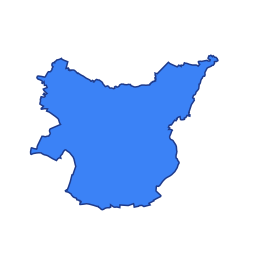 outline of Vargata, Mures, Romania, rotated 350°
{"feature_id": "2599482B49125159917966", "entity_name": "Vargata", "entity_type": "district", "adm_level": 2, "iso_a3": "ROU", "parent_name": "Romania", "parent_adm1": "Mures", "projection": "robinson", "projection_center": [24.8, 46.587], "detail": "fine", "context": "isolated", "style": "filled", "palette": "blue", "viewbox_px": 256, "rotation_deg": 350, "n_neighbors": 0, "source": "geoboundaries", "source_scale": "gbopen_adm2", "svg_char_len": 5632}
<svg xmlns="http://www.w3.org/2000/svg" viewBox="0 0 256 256"><g transform="rotate(350 128 128)"><path d="M171.1,172.7L172.1,171.6L172.3,170.7L171.9,169.5L171.4,168.9L171.2,168.3L171.3,167.6L171.0,166.8L170.3,166.2L170.2,164.9L170.7,162.9L171.4,161.5L172.1,159.4L172.0,158.6L172.4,154.7L172.1,153.0L170.1,148.2L169.5,147.6L168.0,146.6L167.8,146.2L167.4,145.2L167.4,144.1L167.7,143.2L169.2,141.0L170.4,138.8L171.3,137.9L171.2,137.7L170.0,136.9L169.4,136.7L167.9,136.5L169.1,135.2L167.9,134.2L169.2,132.4L169.9,132.6L170.4,132.1L171.3,132.5L175.3,128.4L176.5,129.2L178.0,127.7L177.5,127.3L178.5,126.5L180.0,125.9L181.2,125.8L181.2,128.8L182.0,129.2L182.7,129.3L183.8,129.4L185.1,129.3L185.2,129.0L185.1,128.3L185.1,128.1L186.8,127.7L188.3,125.9L190.9,127.1L191.3,125.8L190.1,124.9L190.9,123.5L190.6,123.3L194.5,116.0L198.1,112.2L198.0,111.7L198.0,111.1L198.2,110.4L197.4,110.0L196.9,109.4L198.2,107.2L199.5,106.9L200.2,106.4L200.7,105.7L201.1,104.6L204.0,102.2L204.5,101.5L205.4,98.5L205.6,97.2L206.3,97.1L206.6,96.8L207.2,95.8L208.0,93.8L208.8,92.6L209.8,91.8L210.2,91.0L211.0,90.2L211.7,90.1L212.3,90.3L212.6,90.1L213.1,89.1L213.3,86.8L216.1,83.0L217.1,82.4L220.6,81.6L221.4,81.0L222.8,81.0L224.0,79.9L224.4,79.4L224.6,77.7L224.9,77.6L225.7,77.8L226.0,77.7L226.6,77.9L228.2,77.3L228.3,76.7L227.9,75.7L227.9,75.2L226.8,73.6L225.6,73.4L224.7,71.9L224.4,71.6L224.0,71.8L223.4,72.4L222.4,70.8L222.2,70.7L220.8,71.3L220.3,71.0L219.2,72.6L218.9,73.4L219.0,73.7L219.3,74.0L220.8,75.1L220.5,75.9L220.2,76.2L218.6,76.0L217.9,75.4L217.1,75.1L212.0,75.2L210.9,74.8L209.2,74.7L208.7,75.1L209.2,77.3L209.7,77.7L209.6,77.8L208.0,79.2L207.3,78.8L206.9,78.3L206.0,77.8L202.6,77.2L201.7,76.9L199.4,75.9L197.8,74.9L196.4,74.3L195.5,74.1L194.9,73.6L194.6,73.8L194.2,74.8L193.5,75.6L192.5,75.8L191.3,75.3L191.0,75.4L191.1,76.1L191.0,76.6L188.9,74.9L187.5,76.1L187.0,76.3L181.1,72.3L180.3,71.7L179.2,70.3L166.2,79.6L164.2,78.7L164.3,79.3L164.1,79.7L163.9,80.7L164.0,80.9L164.3,81.1L164.3,81.8L164.2,82.1L163.9,82.4L163.9,82.9L163.3,83.1L163.3,83.3L163.8,83.7L163.5,84.0L163.9,84.2L163.9,84.4L163.4,84.6L163.7,85.2L163.4,85.6L163.1,85.7L163.2,86.1L162.8,86.2L162.9,86.4L162.5,86.4L162.2,86.7L161.0,86.4L160.6,86.9L160.2,86.7L160.0,86.8L160.0,87.1L159.8,87.2L158.8,87.2L158.6,87.8L157.8,88.1L157.7,88.4L157.3,88.4L157.2,89.0L156.9,89.3L153.1,89.0L151.2,88.5L149.0,88.1L147.0,88.4L145.6,88.9L142.4,88.9L141.2,88.6L138.2,86.7L138.0,85.6L137.1,85.5L136.4,85.1L134.3,85.2L133.1,84.9L131.6,84.5L131.4,84.1L129.1,83.6L127.5,84.1L127.2,84.3L126.7,85.1L125.2,85.8L124.2,85.9L123.6,85.1L123.4,84.9L122.6,84.9L122.2,85.1L121.8,85.4L121.7,85.7L121.9,86.2L121.8,86.6L120.6,86.8L118.9,85.8L117.3,85.6L117.0,85.4L115.9,83.5L115.1,83.0L112.8,83.3L110.8,79.7L110.8,79.0L110.1,77.9L107.9,75.7L107.0,75.6L105.7,74.8L105.3,74.7L103.8,75.6L102.4,76.8L102.0,76.6L102.4,75.8L101.2,74.9L100.2,75.5L99.8,75.6L99.5,75.4L98.8,74.1L95.5,71.7L92.8,69.0L91.5,68.1L89.0,65.9L88.3,65.1L87.7,65.4L86.6,63.6L85.5,62.2L85.1,61.8L84.2,61.4L81.9,61.0L81.9,61.4L80.8,61.4L80.8,61.1L79.6,60.7L79.8,60.1L80.2,60.0L80.1,59.6L79.7,59.2L79.2,59.0L79.7,58.8L79.6,58.5L77.3,58.6L80.2,52.3L77.1,50.4L74.8,48.8L74.6,47.9L72.3,48.5L69.5,48.7L69.1,49.2L67.1,50.2L67.1,51.0L65.7,50.7L64.9,51.0L64.3,51.7L64.0,52.7L64.0,53.6L64.8,54.6L64.3,55.4L63.5,56.2L63.4,57.1L62.4,58.2L61.5,58.9L60.9,59.1L59.9,58.8L59.4,58.8L58.9,59.1L57.8,60.3L55.5,63.1L54.9,63.4L54.2,63.2L51.5,62.1L48.6,61.2L47.8,61.3L47.1,62.4L47.0,62.8L47.9,64.3L49.6,65.2L51.3,66.4L51.6,67.2L51.6,68.1L51.0,68.7L51.5,69.2L53.3,67.9L53.1,71.5L54.9,71.7L55.4,74.1L51.3,75.0L51.7,76.4L54.3,80.0L52.8,80.6L52.4,80.5L51.4,79.2L50.3,80.4L51.9,81.5L51.8,82.6L51.3,82.9L50.3,83.0L47.9,82.1L47.7,82.4L47.5,82.9L47.4,83.0L47.5,83.5L47.2,84.0L46.7,84.3L46.5,86.4L45.9,87.6L45.4,89.1L47.8,91.3L48.6,91.8L48.5,92.1L47.3,92.9L46.1,93.5L45.8,94.1L45.9,94.4L46.3,94.5L49.2,94.5L52.1,95.2L50.8,97.2L53.0,98.5L54.3,99.7L58.5,104.0L60.3,106.1L60.9,107.0L61.1,107.6L61.5,111.0L62.2,112.8L51.2,115.4L50.6,116.1L50.2,117.0L50.2,118.1L50.6,119.6L50.0,120.7L48.4,122.2L47.0,122.0L46.0,122.2L44.8,122.2L43.3,121.5L41.9,121.2L36.0,129.4L35.3,130.6L34.9,132.0L34.6,132.7L34.0,132.9L33.8,132.6L32.7,132.3L31.0,131.5L29.8,130.8L29.4,130.8L29.1,131.3L27.9,134.5L27.7,136.1L27.8,136.9L28.2,137.2L30.3,136.7L33.3,136.7L35.9,136.9L38.0,137.4L38.3,137.6L39.2,138.6L40.9,139.8L42.8,140.6L44.3,141.5L48.4,145.1L51.9,147.6L53.6,146.0L55.3,145.4L56.6,146.1L56.5,144.0L57.6,143.0L58.9,142.1L59.4,141.2L60.4,140.0L61.6,138.9L62.1,138.7L62.9,138.7L64.0,140.0L66.2,142.1L68.9,147.0L69.4,149.1L69.7,154.9L69.9,156.7L65.7,164.3L65.5,164.5L64.7,164.4L61.8,170.9L59.0,176.0L57.3,178.6L56.7,178.2L55.4,179.0L55.6,179.4L55.7,179.8L58.2,180.9L60.5,183.1L60.7,184.0L61.9,186.1L62.7,186.9L65.0,188.2L65.2,189.0L65.0,189.5L65.1,189.8L67.1,190.6L67.3,191.1L67.9,191.1L68.0,191.7L68.9,192.1L69.0,192.5L68.6,193.1L68.0,193.1L67.3,194.7L67.5,195.0L69.7,195.2L74.1,195.4L76.5,196.2L80.8,198.2L83.8,199.8L85.1,200.1L85.1,200.7L86.2,201.6L87.1,202.9L87.9,203.7L88.5,204.0L89.9,203.8L91.2,203.2L92.2,203.0L93.7,202.9L95.9,203.3L96.2,203.2L96.3,203.0L96.5,202.8L96.9,203.0L97.2,202.9L97.5,200.6L100.2,203.3L101.2,203.7L103.4,203.9L106.1,205.0L106.7,202.4L114.8,204.4L120.3,203.5L120.4,204.3L120.4,207.0L124.9,206.9L125.5,206.4L126.3,206.4L128.3,206.6L130.0,208.1L136.4,207.6L135.6,205.8L140.8,204.2L140.6,203.6L143.4,202.6L148.1,201.2L148.5,200.7L148.6,200.2L144.8,195.1L144.7,194.5L145.8,190.4L146.2,190.2L147.5,190.7L148.0,190.7L149.3,190.1L152.7,186.7L155.2,184.8L157.2,183.7L161.1,182.4L163.0,181.5L166.6,179.0L169.5,175.7L171.1,172.7Z" fill="#3b82f6" stroke="#1e3a8a" stroke-width="1.5"/></g></svg>